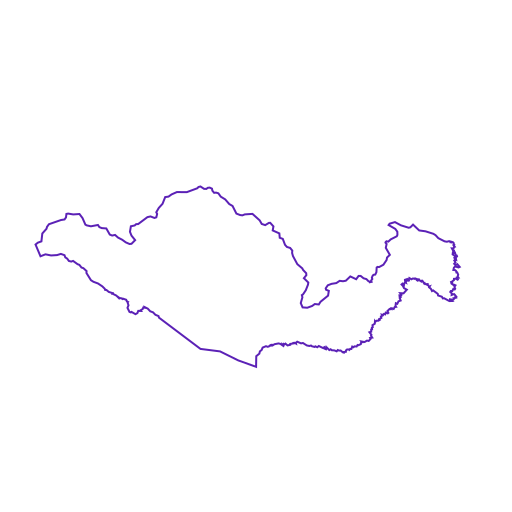 Ikelenge, North-Western, Zambia (Equal Earth projection), rotated 306°
{"feature_id": "96606910B32160654105939", "entity_name": "Ikelenge", "entity_type": "district", "adm_level": 2, "iso_a3": "ZMB", "parent_name": "Zambia", "parent_adm1": "North-Western", "projection": "equal_earth", "projection_center": [24.346, -11.254], "detail": "fine", "context": "isolated", "style": "outline", "palette": "violet", "viewbox_px": 512, "rotation_deg": 306, "n_neighbors": 0, "source": "geoboundaries", "source_scale": "gbopen_adm2", "svg_char_len": 6133}
<svg xmlns="http://www.w3.org/2000/svg" viewBox="0 0 512 512"><g transform="rotate(306 256 256)"><path d="M359.0,345.1L359.8,352.8L358.7,356.1L356.2,358.0L354.7,358.3L348.6,355.2L345.4,354.6L344.6,352.9L343.5,352.7L342.9,352.9L342.5,354.6L338.9,356.2L335.6,363.6L331.8,362.9L329.5,364.0L323.8,364.2L319.4,362.1L318.6,360.7L317.6,360.4L313.7,362.9L311.1,363.4L309.8,362.1L308.4,362.0L306.5,362.5L305.8,363.6L303.8,363.6L303.0,364.7L301.7,363.5L302.1,363.1L301.7,361.8L302.2,358.9L301.2,356.1L301.4,352.4L300.2,350.7L296.1,350.7L294.9,344.3L288.8,343.2L286.7,341.2L285.1,338.3L281.3,336.9L277.9,333.5L274.5,331.3L270.8,331.4L269.9,332.5L270.6,335.4L266.3,337.6L256.9,335.1L253.7,335.3L251.7,331.8L248.6,330.8L244.3,327.9L241.8,323.9L244.2,319.9L249.9,317.8L251.3,316.1L252.6,316.6L257.6,316.4L263.4,314.9L265.3,313.9L266.2,307.8L270.1,308.0L271.6,306.7L272.4,302.3L273.2,300.7L273.7,294.2L277.7,285.9L279.7,283.4L281.7,282.2L282.6,278.9L281.5,275.7L282.1,272.9L285.6,267.6L284.7,264.5L288.0,261.6L286.5,254.5L290.2,252.7L291.2,248.0L290.4,247.0L286.4,245.3L285.3,241.8L287.0,238.0L288.0,228.4L283.1,222.5L280.9,221.1L279.8,219.1L278.8,215.2L282.7,207.6L282.3,203.8L283.7,197.8L283.3,192.6L284.6,188.7L283.8,186.4L282.5,185.0L283.2,182.3L284.6,180.8L284.1,178.3L282.8,176.9L281.1,176.4L279.8,174.5L279.6,170.2L278.0,168.9L276.3,168.7L267.0,162.5L261.2,154.4L256.2,151.5L252.6,150.3L250.3,147.9L243.3,149.7L237.7,149.1L232.8,149.6L231.9,151.3L228.7,152.6L227.1,151.5L226.0,147.4L223.6,145.3L212.6,141.9L211.3,140.3L209.4,139.9L206.5,137.3L201.5,139.8L199.3,143.3L197.8,148.9L192.7,148.1L191.4,146.7L190.5,142.7L190.5,138.2L189.8,133.5L190.2,129.6L188.0,127.6L187.4,125.1L190.3,118.7L187.9,114.8L187.3,112.3L188.2,109.9L183.0,105.0L181.3,101.1L181.1,99.5L184.7,93.4L186.2,88.5L182.2,83.7L179.9,79.1L178.6,77.9L175.5,79.6L173.0,79.6L170.5,77.1L160.0,69.8L156.7,69.8L154.9,70.5L148.6,69.9L141.7,73.8L138.6,71.7L135.7,70.9L129.1,81.8L133.6,84.7L136.0,89.9L139.8,94.5L143.0,96.9L144.1,100.6L142.8,102.5L142.9,104.8L142.0,107.5L142.9,109.8L144.5,110.9L144.5,116.5L145.0,118.3L144.1,121.6L144.7,123.5L144.2,127.8L142.6,128.8L139.4,136.7L139.6,139.7L140.9,144.3L141.1,149.5L140.6,152.9L139.9,153.9L140.6,154.9L140.4,158.0L141.6,161.6L141.1,161.9L141.7,162.4L141.3,162.8L141.9,166.3L141.4,169.5L141.8,169.3L141.8,170.7L142.5,171.4L142.8,173.4L143.3,173.4L144.3,176.7L143.5,178.0L143.6,179.4L143.0,179.3L141.2,181.8L138.5,182.5L136.4,186.5L136.8,187.9L137.6,188.1L138.1,192.7L140.1,193.6L142.4,193.0L143.9,195.2L144.1,194.5L146.5,195.5L148.1,195.1L148.7,196.3L149.2,195.8L149.8,199.4L149.1,202.9L149.9,205.8L149.3,209.2L150.1,212.4L149.1,213.8L148.2,265.7L157.7,283.0L161.1,303.0L166.4,321.2L175.1,315.1L179.0,316.1L181.1,315.2L183.3,315.8L185.8,315.2L188.9,317.1L189.4,318.8L190.4,319.6L191.7,319.8L192.1,320.7L192.9,320.4L193.6,321.1L193.4,322.0L195.5,322.8L198.5,325.6L199.2,327.3L199.3,330.2L200.1,329.4L200.1,330.7L201.2,330.2L201.4,331.1L202.4,331.3L202.2,334.1L204.3,335.9L205.0,335.4L207.5,337.9L207.8,337.5L208.6,338.4L208.7,339.9L209.3,339.3L210.9,339.7L211.8,343.8L213.2,345.1L213.5,349.7L214.6,352.1L215.9,353.1L215.8,354.2L216.9,356.9L217.8,357.1L218.2,359.2L220.1,359.7L220.9,364.1L222.4,364.9L221.3,365.6L221.7,367.4L223.2,366.8L222.9,367.5L223.5,367.5L223.0,370.6L224.4,371.2L224.3,372.7L225.7,374.9L226.3,377.3L228.0,377.4L228.3,378.8L229.3,380.0L229.1,382.9L229.5,383.9L230.1,383.6L231.3,385.0L232.5,384.3L233.9,384.6L235.0,386.1L234.9,386.7L236.2,386.8L236.9,387.8L239.3,387.1L239.5,388.5L240.8,388.8L241.9,390.6L243.7,390.5L243.9,391.2L246.3,392.6L248.0,391.8L248.5,392.4L248.8,391.5L250.2,394.4L252.8,395.5L253.5,397.1L256.3,397.4L256.8,396.5L258.3,398.0L259.1,395.9L260.1,395.7L261.0,392.6L262.5,393.7L264.2,392.4L264.9,393.0L266.1,391.9L267.0,392.3L268.5,390.9L271.0,391.9L273.0,390.7L272.8,391.2L274.4,391.5L275.5,393.0L276.7,393.5L276.7,392.8L277.3,392.7L277.7,394.0L277.9,393.0L279.6,393.8L280.5,392.6L282.2,393.4L282.6,392.4L283.1,393.4L284.3,393.5L284.7,394.8L286.4,394.2L287.0,396.3L287.8,396.5L288.7,394.7L291.7,395.2L291.9,395.9L292.9,395.9L292.9,397.1L293.7,396.9L294.1,398.5L296.2,398.2L297.2,399.2L297.6,398.2L300.0,396.9L300.4,398.4L303.1,397.9L305.0,399.2L306.4,397.0L307.6,397.2L307.5,396.1L308.5,395.2L309.6,396.7L310.1,396.5L310.7,394.5L312.5,397.3L317.4,397.8L317.0,394.7L317.9,392.9L318.2,393.4L319.2,392.9L318.3,391.6L318.5,390.5L319.9,390.8L320.0,392.4L322.5,391.9L322.6,392.8L323.0,392.2L324.0,392.5L323.8,390.9L324.3,390.5L325.0,391.0L324.3,392.0L325.4,392.8L326.3,391.1L326.3,393.3L325.5,394.9L326.4,393.7L328.3,393.0L328.5,395.4L330.1,396.2L330.8,397.9L331.4,397.9L331.8,399.4L331.0,400.2L331.1,401.2L332.4,400.8L332.9,401.6L332.4,402.3L332.5,404.2L332.9,403.9L333.8,405.1L332.6,408.2L333.2,408.4L332.7,409.4L334.1,411.3L333.3,411.7L333.6,412.6L332.8,414.1L333.3,414.4L332.4,414.5L332.3,416.7L331.1,419.0L332.3,419.5L332.2,425.3L331.1,426.5L332.3,430.3L331.5,432.1L332.4,433.0L333.2,438.9L334.4,440.5L334.3,438.9L335.0,438.4L336.5,441.3L337.9,441.4L338.1,440.8L339.7,442.2L339.9,441.5L340.8,442.0L341.5,439.5L341.6,438.6L339.5,437.2L340.8,436.5L341.1,434.3L342.2,434.2L343.1,435.4L345.2,435.0L345.7,436.4L346.6,436.4L347.6,434.7L349.5,434.6L349.2,433.2L348.6,432.9L348.6,430.3L349.3,429.5L349.6,430.6L350.5,429.6L352.9,430.3L353.9,429.6L355.1,431.0L355.3,433.0L355.7,433.1L356.6,431.4L357.5,432.5L358.0,431.1L359.7,430.6L361.0,428.4L360.5,427.8L361.5,426.7L361.6,425.4L360.7,423.9L362.8,423.0L364.6,423.2L365.8,426.6L366.9,427.2L367.7,423.6L365.9,422.8L366.2,420.9L368.1,421.1L368.9,419.2L370.4,420.3L371.1,419.5L370.5,418.6L371.2,417.5L372.1,417.8L371.8,418.9L372.3,418.4L373.8,418.9L374.4,418.1L374.1,417.1L372.9,416.9L372.9,414.1L374.4,413.3L375.2,415.6L375.9,414.7L375.8,413.6L376.6,413.1L376.2,412.3L377.3,410.0L378.2,411.4L379.4,410.9L380.3,411.4L380.7,410.0L381.4,409.8L381.1,409.2L382.6,408.5L382.9,407.2L382.4,405.8L381.8,406.0L381.4,405.2L382.0,404.7L381.5,403.5L379.7,402.0L378.7,399.9L377.6,393.0L378.4,389.0L378.2,386.4L375.6,378.6L372.6,373.0L373.7,364.6L369.9,364.0L368.6,362.9L366.0,355.2L365.1,348.5L360.7,345.1L359.0,345.1Z" fill="none" stroke="#5b21b6" stroke-width="2"/></g></svg>